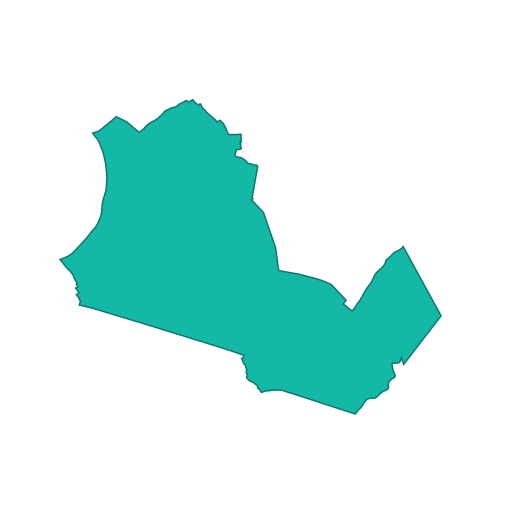 Kapelle, Zeeland, Netherlands (Albers equal-area conic projection), rotated 109°
{"feature_id": "6326949B3037358920764", "entity_name": "Kapelle", "entity_type": "district", "adm_level": 2, "iso_a3": "NLD", "parent_name": "Netherlands", "parent_adm1": "Zeeland", "projection": "albers", "projection_center": [3.961, 51.499], "detail": "fine", "context": "isolated", "style": "filled", "palette": "teal", "viewbox_px": 512, "rotation_deg": 109, "n_neighbors": 0, "source": "geoboundaries", "source_scale": "gbopen_adm2", "svg_char_len": 5910}
<svg xmlns="http://www.w3.org/2000/svg" viewBox="0 0 512 512"><g transform="rotate(109 256 256)"><path d="M192.9,450.5L194.3,448.7L195.9,446.1L198.1,442.7L199.8,441.2L201.7,439.4L204.1,437.5L208.7,433.7L210.7,432.4L213.7,430.6L216.5,428.9L225.9,424.4L228.5,423.3L230.9,422.5L236.6,420.7L240.5,419.7L242.2,419.4L244.2,419.1L251.4,418.9L254.3,418.6L257.1,418.2L259.1,417.7L262.7,416.8L266.3,416.0L268.0,415.8L271.5,415.8L276.4,416.2L278.5,416.5L280.7,417.1L285.8,419.1L294.8,422.3L299.7,424.4L308.9,428.5L311.5,429.8L314.2,431.2L315.8,432.4L317.7,434.1L319.5,435.9L323.1,440.1L326.6,434.6L328.7,431.3L329.0,430.9L329.2,430.6L329.4,430.3L329.5,429.9L329.6,429.7L329.8,429.0L330.1,428.2L330.3,427.8L331.3,426.1L333.7,422.7L334.2,422.2L335.7,421.0L337.9,418.8L340.3,416.0L341.1,416.7L343.1,414.2L345.1,416.2L346.6,413.9L347.2,412.8L348.0,411.6L349.2,411.9L351.0,413.2L351.7,412.4L352.7,410.9L353.8,409.1L354.1,409.3L356.3,406.9L356.6,406.9L356.9,407.2L359.9,407.2L358.5,392.6L358.0,377.6L357.2,357.1L356.8,347.5L355.4,303.4L354.3,268.6L354.0,257.1L353.8,249.8L353.8,235.1L357.0,235.1L357.6,236.1L362.2,232.2L362.2,231.3L362.7,230.7L364.5,229.3L367.1,227.5L367.3,227.4L367.8,227.5L368.6,227.6L369.0,227.6L369.3,227.5L369.5,227.3L370.5,226.0L370.6,225.7L372.4,225.5L373.4,225.4L373.8,225.2L374.0,225.2L374.3,224.9L374.5,224.7L375.0,223.9L375.1,223.6L375.6,222.7L375.8,222.4L375.9,222.0L376.0,221.7L376.1,220.9L376.4,218.6L376.4,217.6L376.5,217.3L376.6,217.1L377.2,215.6L377.4,214.9L377.5,214.5L377.5,214.0L377.5,213.8L377.6,213.5L378.1,212.5L378.2,212.4L378.8,212.2L379.7,211.9L379.9,211.8L380.2,211.5L380.7,210.7L380.8,210.4L381.1,209.4L381.3,208.9L381.6,208.3L382.0,207.9L383.0,206.9L383.1,206.7L382.8,206.0L382.5,205.5L381.4,204.2L381.1,203.7L380.2,202.4L380.0,202.1L379.9,202.0L379.9,201.7L379.3,201.0L379.1,200.9L379.0,200.7L379.3,200.4L379.4,200.2L378.0,197.8L377.6,197.0L377.3,196.2L375.9,192.3L375.7,191.9L375.2,190.6L374.7,188.7L374.5,188.2L374.5,187.3L373.8,153.1L373.1,110.7L372.7,110.5L371.5,110.1L370.9,110.0L370.1,109.7L368.9,109.3L368.0,109.0L366.2,108.0L364.8,107.3L363.2,106.8L361.2,106.4L360.1,106.1L359.2,105.9L358.2,105.5L356.3,104.8L355.5,104.3L355.0,104.0L354.7,103.7L354.1,102.9L353.4,101.6L352.6,100.1L351.9,98.0L351.5,97.2L351.1,96.6L345.3,93.5L344.4,93.0L343.6,92.3L343.1,92.0L342.4,91.4L341.4,90.4L340.0,88.9L339.3,88.2L339.1,88.1L338.2,87.8L337.9,87.8L336.4,88.1L334.9,88.9L334.4,89.1L333.9,89.3L332.9,89.4L332.3,89.3L331.9,89.3L331.0,89.0L329.9,88.6L329.0,88.1L328.1,87.5L327.3,86.9L326.5,86.1L326.0,85.8L325.7,85.6L325.4,85.5L324.4,85.2L323.8,85.4L323.5,85.6L322.8,86.1L322.1,86.8L321.4,87.6L318.9,89.5L318.0,90.1L316.1,91.1L315.2,91.6L314.3,92.0L313.6,92.2L313.3,92.1L312.6,91.4L312.1,90.1L311.9,89.4L311.6,88.4L311.1,87.4L310.6,86.6L309.9,85.8L309.1,85.5L308.8,85.4L308.1,85.3L305.4,85.4L304.5,85.4L310.4,81.1L252.3,61.5L199.1,120.0L200.6,120.4L202.1,121.3L203.5,122.3L204.9,123.6L206.2,125.1L207.6,126.2L209.0,127.1L210.5,127.9L212.1,128.5L213.6,129.3L215.1,130.1L216.5,131.1L218.1,131.7L219.9,131.5L221.6,131.6L223.2,132.0L224.8,132.5L226.3,133.2L229.3,135.0L230.8,135.9L232.3,136.6L233.9,137.1L235.5,137.5L238.9,137.9L240.6,138.1L242.3,138.3L243.9,138.6L251.9,141.1L253.5,141.4L256.8,142.1L258.5,142.3L260.2,142.4L261.8,143.0L263.5,143.1L265.1,143.6L266.7,144.2L268.2,144.8L269.8,145.1L271.5,145.4L273.1,145.8L274.7,146.4L276.7,147.3L273.0,157.9L268.5,156.4L264.4,164.2L263.6,165.8L259.4,173.6L258.5,175.7L258.3,176.4L257.7,185.2L257.7,186.2L257.8,189.3L257.8,191.0L258.0,194.0L258.2,196.2L258.6,201.3L258.8,204.1L259.0,206.9L259.1,208.6L259.3,209.6L259.4,211.1L260.4,217.0L261.7,224.9L262.2,229.1L262.1,229.5L261.9,229.8L261.0,230.5L250.5,235.8L243.4,239.4L241.3,240.5L234.5,245.9L230.3,249.1L228.2,250.8L226.7,252.0L212.8,262.8L212.4,263.2L212.3,263.3L211.8,264.2L208.6,270.4L204.8,277.7L204.5,278.4L204.3,278.6L204.2,278.7L203.9,278.3L203.6,278.1L203.3,277.9L202.7,277.6L202.5,277.9L202.4,278.1L201.9,278.5L201.6,278.7L201.1,278.8L170.9,283.5L170.7,283.6L170.6,284.7L169.8,284.9L169.8,285.2L170.0,285.4L170.5,286.6L170.5,288.5L170.5,290.1L170.7,291.7L170.9,293.4L171.0,293.8L169.4,296.6L168.9,297.8L168.5,299.1L168.1,300.6L168.0,301.7L168.0,302.5L168.0,303.0L168.3,304.8L168.5,306.8L168.5,307.4L168.4,307.6L167.9,308.1L167.5,308.5L166.8,308.8L166.6,308.8L166.0,308.9L165.5,308.9L164.0,308.8L163.7,308.8L161.6,308.9L161.2,307.8L161.1,307.4L160.8,306.6L159.5,304.9L153.4,308.1L153.1,307.1L145.8,309.8L147.3,313.6L147.9,314.9L148.2,315.8L148.6,317.3L148.9,318.0L149.2,318.6L149.3,318.9L149.6,319.8L149.8,320.7L149.9,321.0L150.0,321.1L149.8,321.5L149.7,321.8L147.9,323.7L145.2,326.0L142.2,329.1L140.8,330.9L139.4,334.2L141.2,335.7L142.1,336.5L141.1,337.7L140.7,338.3L138.7,343.3L136.6,348.3L136.4,348.9L136.4,349.3L135.9,349.8L134.6,352.3L133.6,354.3L133.4,354.7L133.3,355.0L132.7,355.6L132.0,356.3L131.5,356.7L131.0,357.0L130.7,357.2L130.5,357.4L130.5,357.6L130.4,358.0L130.5,358.3L130.5,358.5L130.8,358.8L131.6,358.9L131.7,359.0L131.8,359.2L131.9,359.6L131.9,360.2L131.8,360.6L131.1,362.5L130.7,363.3L130.2,364.4L128.9,366.4L128.9,366.5L128.9,366.8L129.0,366.9L132.2,369.7L132.4,370.0L132.3,370.4L132.1,371.0L131.6,372.1L131.6,372.3L132.1,373.0L135.7,376.2L136.0,376.5L136.3,376.7L136.7,377.2L136.9,377.7L137.1,377.9L137.9,378.4L138.9,378.9L140.4,379.9L140.8,380.2L141.0,380.4L141.2,380.6L141.6,381.1L143.1,383.8L143.5,384.2L144.5,385.3L148.7,389.4L149.9,389.8L150.7,390.0L151.4,390.3L156.0,392.6L156.8,393.0L158.9,394.4L160.6,395.7L160.8,395.9L164.2,399.2L164.5,399.4L164.8,399.6L165.7,400.3L167.0,401.2L167.8,401.6L171.7,403.3L172.2,403.6L172.4,403.4L172.6,403.6L173.5,404.2L174.6,405.1L176.2,406.0L177.1,406.6L175.3,411.4L175.3,411.8L175.1,412.3L174.9,412.8L173.8,415.4L173.4,416.3L171.2,422.3L170.2,429.7L170.0,431.8L169.9,433.7L170.7,434.0L176.3,437.3L187.6,444.3L188.5,445.0L189.2,445.4L189.4,445.5L192.9,450.5Z" fill="#14b8a6" stroke="#0f766e" stroke-width="1.5"/></g></svg>